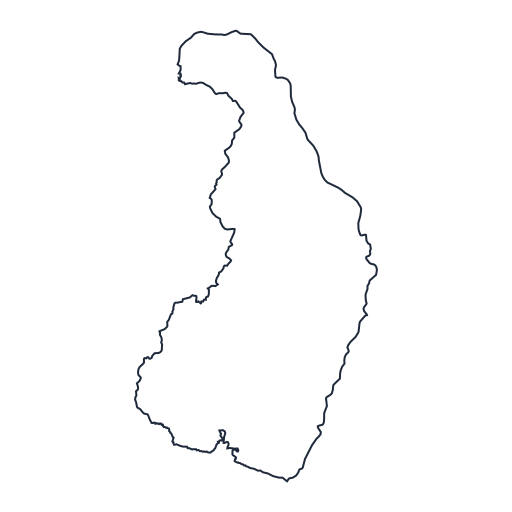 Chiang Khong, Chiang Rai, Thailand (Robinson projection)
{"feature_id": "78962969B70832563966269", "entity_name": "Chiang Khong", "entity_type": "district", "adm_level": 2, "iso_a3": "THA", "parent_name": "Thailand", "parent_adm1": "Chiang Rai", "projection": "robinson", "projection_center": [100.287, 20.178], "detail": "fine", "context": "isolated", "style": "outline", "palette": "slate", "viewbox_px": 512, "rotation_deg": 0, "n_neighbors": 0, "source": "geoboundaries", "source_scale": "gbopen_adm2", "svg_char_len": 6035}
<svg xmlns="http://www.w3.org/2000/svg" viewBox="0 0 512 512"><path d="M366.0,235.0L365.1,234.6L361.9,235.4L360.9,235.3L360.3,234.8L359.0,231.3L358.5,228.8L358.3,223.1L360.3,215.7L361.2,209.3L360.8,207.4L357.0,201.2L352.6,197.4L345.0,192.9L341.5,189.8L338.1,187.6L327.4,182.5L324.7,179.8L322.7,176.5L321.3,173.0L318.9,160.6L318.5,156.4L316.6,151.3L313.3,145.7L308.0,140.0L307.2,138.5L305.5,132.8L302.0,127.7L299.1,124.3L296.4,119.7L294.4,113.2L294.9,109.9L294.6,107.6L292.1,101.7L290.9,96.5L290.7,85.6L290.1,83.3L287.8,79.9L285.9,78.7L282.2,77.5L277.4,77.8L275.7,77.1L275.4,76.2L275.0,69.9L275.9,65.8L275.9,64.6L275.0,61.2L273.7,58.7L272.0,54.2L263.6,47.6L258.2,42.3L255.4,38.7L251.2,34.5L250.3,34.2L240.8,33.7L239.6,33.1L237.0,31.1L235.8,30.7L231.7,32.1L226.5,34.6L224.4,35.0L221.5,34.5L215.1,34.4L207.6,33.7L203.0,32.2L200.7,31.8L197.2,32.6L194.3,33.9L190.8,37.8L185.8,41.2L181.5,45.7L179.8,48.6L179.2,59.3L178.7,61.7L177.6,64.3L178.7,65.4L180.6,66.2L180.6,70.0L178.8,73.5L180.5,73.6L180.6,74.5L180.9,74.9L180.5,75.5L180.9,75.8L180.9,76.4L180.0,77.4L179.9,78.2L179.2,78.0L179.6,78.7L179.1,78.7L179.4,79.2L178.7,80.0L179.6,81.0L181.4,81.2L182.4,82.5L184.3,82.6L185.0,84.2L190.0,83.0L192.2,83.7L194.1,83.5L195.7,83.8L200.3,82.5L203.0,82.9L206.3,85.0L209.9,86.7L212.4,89.2L214.9,93.1L216.1,94.1L219.4,93.1L222.2,93.3L225.5,92.7L226.9,93.0L228.4,95.7L231.8,98.9L232.9,101.0L235.0,100.8L236.1,101.4L240.1,107.7L242.8,110.1L243.6,112.3L243.4,113.2L240.5,116.9L239.1,120.8L239.4,121.8L241.4,124.5L241.3,126.3L239.3,129.2L234.3,132.7L234.3,137.7L232.1,140.4L231.8,143.9L230.8,145.9L229.2,147.7L224.8,150.7L225.3,153.8L227.7,156.9L228.6,159.0L229.0,161.4L228.6,162.8L225.3,166.5L222.2,169.3L221.4,170.7L221.3,171.6L222.0,173.6L222.0,174.7L219.6,178.0L217.2,179.5L216.6,180.5L216.7,182.4L216.1,183.4L216.5,184.7L215.1,185.8L214.7,186.7L215.5,189.2L210.9,194.3L209.7,197.9L210.9,198.7L211.6,199.6L211.8,201.7L211.5,204.4L209.9,206.5L210.1,208.2L212.5,213.1L216.2,216.7L219.9,218.7L220.2,219.4L220.4,222.0L222.7,226.5L224.7,228.7L227.2,229.5L232.9,228.9L234.5,229.0L234.7,229.3L234.1,232.8L230.3,241.3L230.8,242.5L232.1,244.1L232.1,245.0L228.8,246.9L228.3,249.5L226.1,252.7L225.7,253.8L225.8,255.1L226.6,256.9L229.7,258.7L231.1,260.4L230.5,261.6L227.8,264.4L227.2,265.7L224.5,265.6L223.8,266.5L223.4,268.4L222.1,270.3L221.1,271.5L219.0,272.6L218.8,274.6L216.7,278.3L215.9,281.2L216.2,282.7L217.8,284.5L215.3,286.1L213.4,285.8L211.4,285.9L209.3,287.7L207.8,288.4L208.9,289.8L208.8,294.4L208.0,296.5L206.7,296.9L205.9,297.5L205.8,299.8L204.0,299.6L203.0,301.6L201.4,301.4L201.1,301.8L201.1,303.1L200.8,303.4L198.2,301.3L197.2,302.0L196.3,302.0L196.0,301.0L196.5,297.8L196.4,296.3L195.9,295.8L194.2,295.8L192.5,295.2L189.7,297.5L182.9,299.2L182.3,301.7L177.1,302.7L175.8,302.6L174.5,303.3L173.3,307.5L173.5,309.0L172.4,311.6L172.4,313.5L170.9,314.4L168.8,319.9L167.2,321.9L167.4,325.7L167.2,326.6L164.7,329.1L159.5,331.2L159.5,331.9L160.1,332.7L159.9,334.8L161.3,337.2L161.9,339.9L161.2,342.4L162.1,344.4L161.8,349.7L161.4,351.0L160.3,352.1L158.9,352.9L154.5,353.3L152.2,356.0L151.7,357.8L150.3,358.7L149.3,358.7L148.3,357.3L147.4,357.1L146.1,358.4L145.0,358.0L144.3,358.3L143.9,359.1L144.0,362.6L142.9,364.0L139.6,367.0L138.5,369.2L138.1,371.4L138.2,374.1L138.6,375.2L140.6,377.2L140.8,378.2L139.5,381.0L136.9,383.3L138.0,386.9L138.1,388.4L137.7,389.7L136.0,391.3L136.4,395.5L135.4,397.3L135.1,399.7L136.2,402.5L136.7,405.7L137.3,407.5L140.1,409.1L142.8,412.4L144.1,413.6L147.4,414.3L148.2,415.4L150.2,420.5L151.3,422.1L151.5,422.9L153.3,423.0L153.9,422.6L155.4,422.9L155.4,423.7L157.1,423.3L157.4,423.7L158.2,423.6L159.3,424.1L160.0,423.4L160.9,423.6L161.1,424.1L161.6,424.0L161.8,424.9L162.9,424.8L162.9,425.8L163.7,427.0L164.5,426.8L166.1,427.8L166.8,427.5L167.5,428.2L168.9,428.5L169.3,429.8L169.1,431.0L170.2,432.1L170.2,432.7L171.0,433.2L172.0,435.0L172.6,436.9L173.6,437.6L172.4,441.6L173.5,442.3L173.2,442.9L174.1,444.8L176.6,444.3L179.5,445.6L182.8,446.6L187.0,446.7L187.6,448.1L189.1,448.1L192.1,449.5L192.9,449.2L196.3,449.3L196.7,450.3L198.7,450.1L200.0,451.2L201.6,451.1L203.0,451.8L204.1,451.4L205.4,451.9L206.9,451.6L207.4,452.1L209.0,452.6L210.7,452.5L211.1,451.9L213.9,450.1L214.5,448.8L215.2,448.3L216.5,444.6L217.7,443.3L218.5,443.1L218.0,441.9L219.0,441.9L219.3,440.7L220.2,440.3L221.6,440.6L222.2,440.3L222.3,438.2L220.4,435.5L221.1,433.7L220.6,433.2L219.4,430.5L222.9,430.2L224.8,431.4L225.3,433.2L224.1,437.0L223.5,442.9L224.1,443.1L227.1,441.9L228.0,442.3L228.5,443.2L228.5,445.2L227.5,447.0L227.3,448.4L229.9,448.0L235.2,448.7L237.3,448.4L238.0,449.3L238.3,450.6L237.9,451.5L237.0,451.4L236.0,450.2L234.7,449.6L233.2,449.7L232.5,450.6L232.4,454.3L233.0,455.2L235.6,457.0L236.0,457.6L235.9,458.7L234.9,459.3L234.7,461.2L237.1,462.5L238.0,462.4L238.5,462.9L239.8,463.0L241.6,464.1L243.0,464.4L243.8,465.4L245.4,465.4L246.1,466.3L248.3,466.9L249.7,467.9L254.1,468.8L258.0,470.7L260.3,470.5L263.0,472.3L268.0,473.5L273.0,476.1L279.4,477.7L282.6,477.7L287.0,481.3L288.8,478.8L289.5,478.3L292.7,477.7L296.1,475.6L298.2,472.6L299.5,469.4L301.7,468.7L302.7,467.7L305.0,459.0L312.0,445.2L316.7,438.5L318.9,436.4L320.6,434.1L320.8,432.0L318.3,428.3L317.7,426.4L318.5,425.8L322.3,424.8L323.0,424.2L323.8,422.6L324.1,419.5L324.2,413.0L326.9,406.1L326.0,398.2L326.9,397.0L330.3,394.9L331.8,393.4L332.8,389.9L333.2,385.9L333.6,384.7L339.9,378.6L340.1,373.7L340.6,370.7L342.1,366.8L344.5,363.6L344.3,360.5L344.7,357.2L346.0,354.5L348.1,352.4L348.7,351.5L348.4,349.8L347.4,347.5L348.0,345.5L350.4,342.0L355.6,336.9L358.2,332.6L358.6,331.5L359.5,323.3L360.0,321.7L364.8,316.1L365.5,315.5L367.0,315.2L366.8,314.5L364.0,310.9L363.5,308.7L364.2,307.0L366.2,304.4L366.6,303.4L365.8,300.3L365.5,295.3L365.9,293.4L367.5,289.0L367.5,285.9L369.0,283.5L369.7,280.5L376.1,274.8L376.9,270.1L376.5,267.5L375.4,265.5L373.8,264.4L371.0,263.8L369.7,263.1L366.3,258.9L366.2,257.6L366.4,256.8L369.3,255.6L370.1,254.5L370.3,253.2L369.9,251.3L370.8,248.9L370.1,244.5L368.2,243.5L366.5,240.7L366.0,235.0Z" fill="none" stroke="#1e293b" stroke-width="2"/></svg>